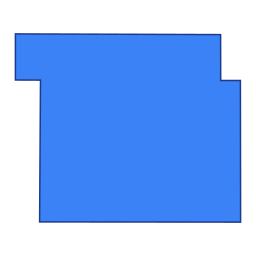 Calhoun, Iowa, United States of America
{"feature_id": "52423323B65243401822289", "entity_name": "Calhoun", "entity_type": "district", "adm_level": 2, "iso_a3": "USA", "parent_name": "United States of America", "parent_adm1": "Iowa", "projection": "robinson", "projection_center": [-94.625, 42.385], "detail": "fine", "context": "isolated", "style": "filled", "palette": "blue", "viewbox_px": 256, "rotation_deg": 0, "n_neighbors": 0, "source": "geoboundaries", "source_scale": "gbopen_adm2", "svg_char_len": 242}
<svg xmlns="http://www.w3.org/2000/svg" viewBox="0 0 256 256"><path d="M240.6,222.1L240.4,80.5L220.7,80.5L220.6,34.6L15.4,33.9L15.4,80.0L40.5,80.1L39.6,221.9L139.8,222.0L240.6,222.1Z" fill="#3b82f6" stroke="#1e3a8a" stroke-width="1.5"/></svg>